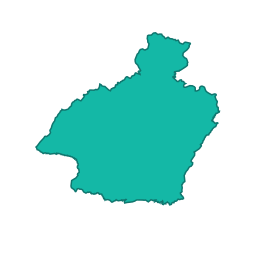 Den Chai, Phrae, Thailand, rotated 165°
{"feature_id": "78962969B35884662782680", "entity_name": "Den Chai", "entity_type": "district", "adm_level": 2, "iso_a3": "THA", "parent_name": "Thailand", "parent_adm1": "Phrae", "projection": "albers", "projection_center": [100.03, 17.912], "detail": "fine", "context": "isolated", "style": "filled", "palette": "teal", "viewbox_px": 256, "rotation_deg": 165, "n_neighbors": 0, "source": "geoboundaries", "source_scale": "gbopen_adm2", "svg_char_len": 5767}
<svg xmlns="http://www.w3.org/2000/svg" viewBox="0 0 256 256"><g transform="rotate(165 128 128)"><path d="M221.8,133.4L221.4,132.3L221.4,130.6L220.2,129.9L219.0,128.5L218.8,127.8L217.5,126.8L216.5,125.3L214.9,125.5L214.0,125.3L213.6,124.9L213.6,124.5L212.9,124.6L212.4,124.2L211.8,124.4L211.3,123.9L210.8,123.8L210.2,123.0L205.4,122.4L204.1,121.3L203.5,122.2L203.1,122.1L202.6,121.3L201.8,121.5L199.8,120.4L199.5,119.7L198.8,119.8L198.3,119.1L197.7,119.1L197.3,118.6L196.7,118.6L196.1,117.7L195.0,117.7L193.9,116.8L193.5,117.2L192.1,115.9L191.3,115.9L190.9,115.3L189.1,114.3L188.4,113.0L187.7,113.0L187.5,111.8L186.8,112.0L186.4,111.3L185.9,111.0L186.5,110.3L185.6,108.9L186.0,107.5L185.4,106.6L185.9,104.8L186.5,104.5L187.1,103.3L187.0,102.1L186.2,101.0L186.6,97.8L188.3,97.0L188.8,96.3L188.6,95.2L191.3,93.2L196.0,91.9L198.1,86.7L198.1,85.0L196.0,82.4L195.3,80.2L194.9,80.1L194.6,80.3L192.7,82.4L191.1,82.2L190.6,81.5L188.9,80.9L187.9,80.0L187.4,77.8L185.5,76.0L183.4,76.5L182.7,76.0L181.7,76.1L180.6,75.4L180.8,74.8L180.4,74.6L180.3,73.9L178.5,73.5L178.1,72.9L176.9,72.9L176.8,73.1L176.5,72.8L175.6,72.9L175.2,73.3L174.8,73.2L174.4,73.5L173.7,73.2L173.3,72.8L173.4,72.4L172.5,71.7L172.6,71.4L171.1,71.2L170.4,70.7L170.5,69.4L169.9,68.6L169.8,66.9L169.5,66.6L169.7,66.0L169.0,65.6L168.8,65.2L169.1,65.1L169.0,64.7L168.8,65.0L168.7,64.6L167.9,64.2L167.0,64.3L165.8,64.0L164.2,62.9L163.0,60.7L162.2,60.5L159.7,61.2L159.4,61.0L158.0,61.8L157.3,60.8L157.0,60.8L156.1,60.2L153.3,59.9L152.7,60.2L152.4,59.9L152.3,59.0L152.0,58.9L151.3,59.8L150.7,59.7L150.6,59.9L150.6,59.5L149.8,59.3L148.5,59.6L148.3,59.4L150.2,58.4L150.6,57.5L150.6,56.4L148.2,56.3L142.8,55.5L140.2,55.7L138.7,56.2L137.6,56.1L131.7,54.4L131.3,54.1L129.7,53.9L127.5,51.4L124.3,52.8L123.3,51.9L122.5,51.8L122.4,51.2L122.0,51.0L121.6,50.9L120.9,51.5L119.6,51.2L120.7,50.0L119.9,50.2L118.9,49.3L118.1,49.3L117.9,48.9L118.3,48.4L116.7,47.8L116.5,47.4L116.3,47.9L114.9,48.2L114.0,47.5L113.9,48.2L113.5,48.5L113.4,47.3L114.6,46.9L114.8,46.4L114.4,45.4L113.6,44.9L112.5,45.6L111.2,45.0L111.1,45.6L109.1,46.3L109.0,45.7L108.2,45.2L107.4,43.7L107.8,43.4L107.7,43.0L106.5,42.9L105.8,43.1L105.0,44.2L103.9,44.5L103.1,43.9L102.0,45.2L100.8,44.9L99.9,45.0L98.0,46.3L97.0,45.6L95.8,45.5L94.9,45.7L94.2,45.2L92.7,45.4L92.5,46.2L93.0,48.1L93.9,48.9L93.8,49.8L94.4,50.8L94.0,52.0L93.2,52.0L92.3,52.5L92.0,54.2L91.1,56.2L90.8,59.2L89.9,59.7L88.6,61.1L87.2,61.4L86.9,61.7L86.0,67.7L84.7,69.0L84.5,69.7L84.0,69.9L83.1,71.0L81.3,72.1L79.3,74.1L78.6,74.6L77.0,74.7L75.2,76.0L74.5,77.7L75.7,79.1L75.5,80.0L75.1,80.6L70.8,84.3L70.0,86.6L70.4,87.4L70.3,87.8L68.9,88.0L64.4,89.6L61.8,91.7L61.7,92.3L62.3,92.9L62.3,93.3L60.1,94.2L59.1,95.5L58.9,96.2L57.7,97.0L56.5,98.7L55.9,99.0L55.5,99.8L54.6,100.2L54.1,100.8L51.8,100.5L51.0,101.7L49.3,102.6L48.6,103.7L47.5,104.2L46.7,105.2L44.6,106.4L42.9,106.7L41.1,109.1L40.0,109.5L40.3,109.9L42.8,110.1L44.0,112.4L44.5,112.5L44.4,113.0L45.2,113.4L44.9,113.9L43.9,114.1L43.7,114.8L42.9,115.2L43.0,116.2L41.7,116.2L41.7,117.2L40.6,117.4L40.7,118.1L39.7,118.5L39.2,119.4L38.1,119.2L36.6,119.6L36.2,119.9L35.7,119.8L35.4,120.5L36.0,120.5L36.4,121.0L35.6,124.6L36.3,125.2L36.5,125.6L36.3,128.0L35.4,129.4L34.9,130.6L35.6,132.5L35.8,135.7L35.7,136.2L34.6,136.6L34.2,137.3L34.5,138.0L35.6,138.5L38.5,138.4L41.0,140.7L42.5,142.4L43.3,143.9L43.6,147.6L45.1,149.0L46.1,149.4L47.3,149.3L48.3,148.6L48.6,147.3L49.3,146.6L50.2,146.2L52.4,146.0L53.4,146.5L52.7,149.5L53.2,150.6L54.9,152.1L57.3,152.9L61.6,152.4L63.1,152.8L63.5,153.5L63.1,155.0L62.3,155.7L60.9,156.0L61.9,156.8L62.2,158.3L62.7,158.7L64.0,159.2L63.9,160.3L64.2,160.8L65.6,160.8L67.2,159.9L68.4,160.2L71.4,165.2L71.3,165.9L70.8,166.1L69.5,164.8L68.9,165.0L69.2,167.8L68.2,167.7L67.9,168.0L68.2,169.5L68.7,169.9L68.5,170.2L65.4,170.1L63.9,169.7L63.4,170.4L62.6,170.2L56.4,172.2L54.5,173.1L54.2,173.8L54.0,175.2L53.3,175.7L53.4,178.4L53.6,179.7L54.3,180.6L55.2,181.2L56.4,184.0L55.7,185.0L55.5,185.9L54.2,186.8L50.8,188.2L48.7,189.7L47.8,190.7L47.7,191.8L46.0,193.2L46.1,193.9L50.2,196.0L51.3,196.0L53.0,194.9L53.6,195.0L56.0,196.7L56.4,197.8L56.7,199.8L59.1,200.0L59.6,201.3L60.8,201.4L62.1,202.6L64.4,203.5L65.7,205.3L66.3,205.3L68.1,204.6L68.8,204.7L69.7,207.0L70.9,208.2L71.2,209.9L72.9,210.5L75.0,210.6L76.7,212.8L78.6,213.1L79.3,212.9L81.3,211.7L84.3,212.3L85.2,212.0L86.3,209.3L86.2,207.9L86.6,205.7L85.9,203.9L87.9,200.2L88.6,199.5L91.3,198.9L92.1,199.3L93.4,200.6L95.8,200.6L97.1,199.5L98.4,197.7L100.0,196.9L103.4,192.3L103.8,190.5L103.8,188.8L102.2,186.0L102.0,184.2L100.9,180.3L101.3,179.8L102.9,180.2L103.4,179.9L103.3,179.1L102.5,177.5L102.5,176.6L106.2,179.2L106.8,179.1L108.1,177.4L110.8,177.1L112.5,175.4L113.4,175.6L115.5,177.7L116.3,177.8L117.4,177.2L118.8,175.7L120.1,175.2L121.1,175.3L121.7,174.7L123.1,174.6L124.1,173.7L125.1,173.7L125.6,174.5L126.1,174.6L126.5,174.2L126.9,172.6L128.7,172.8L129.1,172.4L129.6,170.9L130.4,170.8L131.0,170.3L131.9,170.6L132.8,170.2L133.8,170.2L134.3,169.8L135.3,168.5L136.8,169.7L139.6,174.1L141.0,174.6L142.3,175.4L142.6,176.5L143.8,177.7L145.0,175.1L146.0,173.9L147.1,173.1L148.2,173.0L149.0,173.6L150.9,173.3L155.0,174.5L155.7,174.2L156.0,173.2L157.3,173.6L157.6,173.5L157.6,171.9L158.0,171.5L160.4,171.2L162.2,171.7L162.5,171.2L162.0,170.3L162.6,169.2L166.3,166.5L166.8,166.6L169.2,168.8L169.9,169.0L171.0,168.3L172.2,168.3L173.4,167.4L174.5,167.3L175.2,166.9L176.3,165.7L176.9,164.1L179.0,163.1L181.0,161.7L184.2,161.6L186.1,162.3L187.0,163.1L187.6,162.1L188.8,161.9L189.8,160.6L192.2,159.0L193.5,157.3L195.5,156.6L197.1,153.7L198.3,152.9L199.8,151.4L200.9,149.9L202.1,147.8L203.9,146.1L204.1,145.5L204.0,143.8L204.6,142.9L206.0,141.9L208.7,140.8L210.0,141.4L210.7,141.3L211.8,140.2L216.4,137.3L220.3,134.2L221.8,133.4Z" fill="#14b8a6" stroke="#0f766e" stroke-width="1.5"/></g></svg>